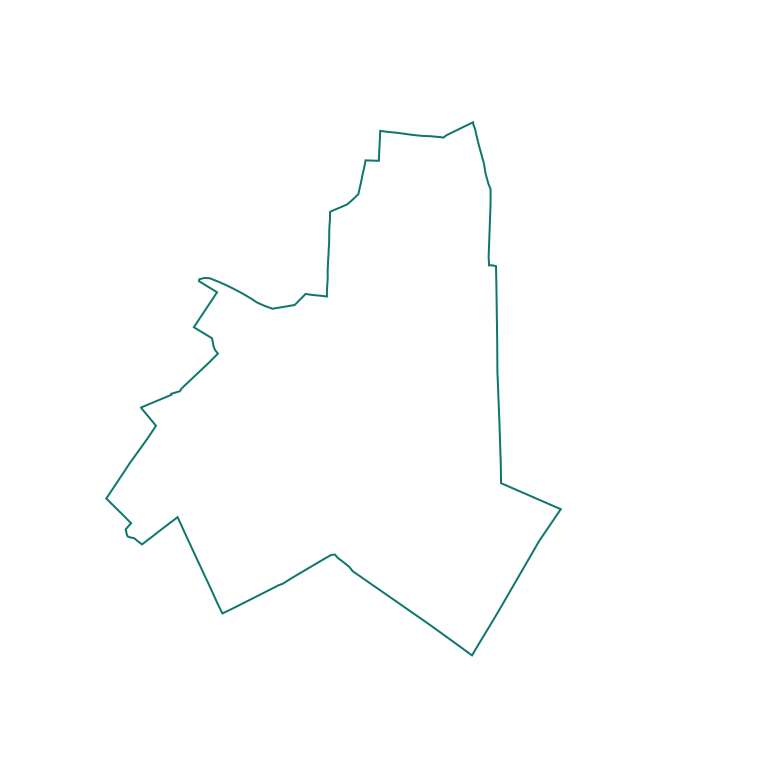 outline of Iratosu, Arad, Romania, rotated 24°
{"feature_id": "2599482B18379406714424", "entity_name": "Iratosu", "entity_type": "district", "adm_level": 2, "iso_a3": "ROU", "parent_name": "Romania", "parent_adm1": "Arad", "projection": "equal_earth", "projection_center": [21.188, 46.294], "detail": "fine", "context": "isolated", "style": "outline", "palette": "teal", "viewbox_px": 768, "rotation_deg": 24, "n_neighbors": 0, "source": "geoboundaries", "source_scale": "gbopen_adm2", "svg_char_len": 2145}
<svg xmlns="http://www.w3.org/2000/svg" viewBox="0 0 768 768"><g transform="rotate(24 384 384)"><path d="M574.8,596.1L575.5,589.7L579.2,560.2L581.1,544.5L587.9,480.6L589.5,465.0L596.4,426.5L531.3,427.0L523.7,410.6L521.8,406.6L518.8,400.5L505.1,372.2L485.7,332.9L482.8,327.1L469.6,298.0L446.7,248.5L438.4,230.8L434.4,231.6L431.7,232.9L429.9,229.2L428.0,225.6L417.1,198.5L408.0,175.9L402.1,162.6L398.2,158.9L391.0,150.2L385.9,142.3L372.9,126.5L365.8,117.2L363.7,114.3L360.2,110.8L358.9,108.7L356.4,111.7L352.2,116.6L347.3,122.5L343.6,126.9L339.8,131.5L338.1,134.7L334.5,135.7L324.7,139.1L319.1,141.4L316.8,142.2L308.2,145.0L300.2,147.3L293.4,149.3L288.1,151.1L282.8,152.8L277.6,154.3L280.5,161.7L283.1,168.3L283.1,168.6L285.7,175.1L288.5,182.2L283.6,184.2L276.2,187.2L278.1,195.5L279.1,200.8L279.8,203.8L281.1,209.7L282.8,218.5L283.4,220.9L280.4,228.3L277.4,234.8L272.0,240.7L267.4,245.6L264.7,248.6L267.5,255.2L269.7,261.2L271.7,266.4L273.4,270.3L276.9,278.4L279.0,284.3L279.6,285.5L282.4,293.1L284.6,298.7L286.7,304.1L289.0,309.0L290.6,313.0L292.6,318.5L294.6,323.6L296.3,327.2L289.5,329.4L282.3,331.8L275.6,333.7L275.5,334.3L272.8,341.4L270.2,348.3L268.3,349.4L267.0,350.3L262.1,353.6L259.5,355.3L251.5,360.6L243.4,361.2L235.0,361.2L227.1,359.9L215.9,358.7L207.8,358.2L199.7,357.9L191.2,357.9L181.6,358.3L177.0,360.1L172.8,363.3L173.1,365.3L194.2,368.1L187.2,409.5L208.3,412.2L213.3,419.3L216.1,421.8L219.9,423.8L215.5,435.4L200.9,470.4L200.4,473.7L193.6,479.5L194.2,480.3L177.7,497.8L171.6,504.3L171.9,504.6L192.7,514.9L190.0,530.6L183.9,559.9L182.4,569.2L176.9,601.6L201.3,610.8L209.6,614.1L207.1,621.8L210.9,626.9L212.7,627.7L218.4,626.5L228.1,629.0L233.8,618.7L239.9,607.2L249.6,589.6L250.1,590.0L262.9,601.3L277.4,614.0L291.8,626.5L295.0,629.3L306.7,639.4L317.0,648.5L319.9,651.1L329.1,658.9L329.8,659.3L330.6,658.3L337.7,649.9L369.6,610.7L372.8,607.6L378.5,599.0L401.1,567.3L405.4,561.5L408.5,559.8L412.7,561.7L417.9,562.9L426.7,565.2L429.8,566.8L431.3,567.7L518.9,584.4L519.4,584.5L524.4,585.5L553.6,591.6L555.5,592.0L564.9,594.0L569.5,595.0L570.7,595.3L573.9,596.0L574.8,596.1Z" fill="none" stroke="#0f766e" stroke-width="2"/></g></svg>